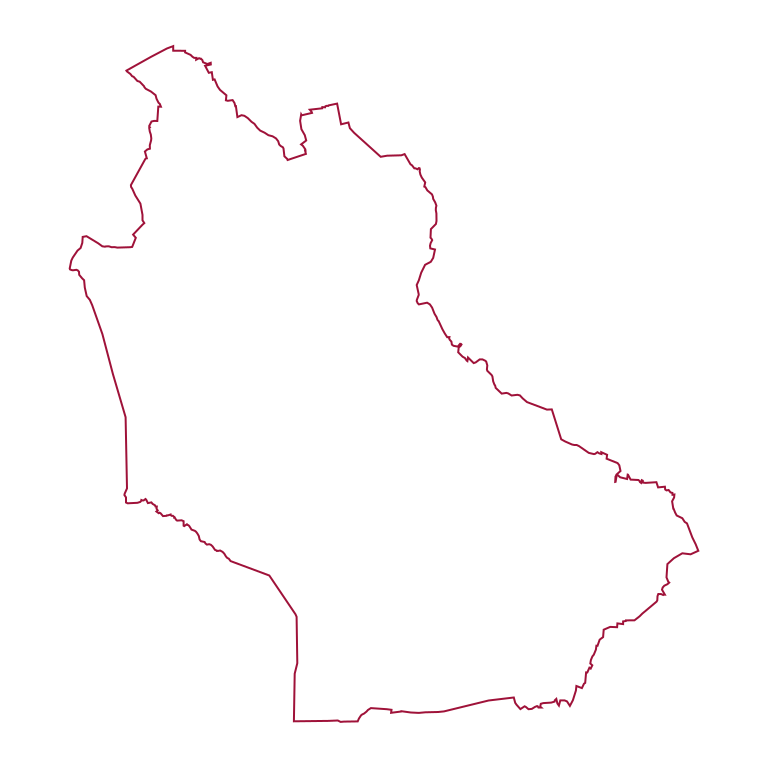 Churintzio, Michoacán, Mexico
{"feature_id": "50627088B84836329176136", "entity_name": "Churintzio", "entity_type": "district", "adm_level": 2, "iso_a3": "MEX", "parent_name": "Mexico", "parent_adm1": "Michoacán", "projection": "robinson", "projection_center": [-102.078, 20.14], "detail": "fine", "context": "isolated", "style": "outline", "palette": "rose", "viewbox_px": 768, "rotation_deg": 0, "n_neighbors": 0, "source": "geoboundaries", "source_scale": "gbopen_adm2", "svg_char_len": 6066}
<svg xmlns="http://www.w3.org/2000/svg" viewBox="0 0 768 768"><path d="M575.9,690.6L576.4,686.0L581.9,688.1L584.0,683.7L585.2,682.9L586.1,672.4L587.3,672.5L589.4,667.7L590.7,668.6L592.3,665.3L590.3,663.5L590.9,660.0L592.4,656.4L593.8,654.7L595.9,649.6L596.4,645.7L597.5,645.8L599.7,639.6L603.1,637.1L603.7,629.7L610.2,626.9L617.1,627.2L617.4,623.4L623.1,624.1L623.1,621.4L625.8,621.0L625.9,620.4L634.5,620.3L639.6,616.3L642.3,613.6L656.6,601.6L657.3,600.3L657.5,596.2L658.3,594.0L661.2,594.1L663.2,595.0L663.6,594.7L664.9,594.7L662.0,589.7L662.7,587.5L664.3,585.7L667.4,584.2L669.2,582.6L668.3,581.8L666.5,577.4L667.4,564.1L673.9,558.2L682.3,553.3L690.6,554.3L698.3,550.8L695.7,544.3L692.3,537.4L687.0,523.4L684.7,521.9L682.3,518.2L676.7,515.5L675.1,512.5L673.6,508.7L673.3,508.7L672.1,501.3L674.1,497.5L674.4,494.5L672.5,494.8L672.4,492.9L670.5,492.4L668.6,490.0L666.5,490.4L665.2,489.5L664.9,486.7L658.1,487.4L656.4,482.2L645.5,482.9L643.0,482.6L642.8,480.7L641.8,480.2L641.1,482.9L639.9,482.0L639.4,480.8L638.4,480.0L630.6,479.6L628.0,474.7L627.7,474.6L627.1,479.0L620.2,477.3L616.8,474.3L620.5,471.0L619.3,465.3L617.6,463.1L606.6,458.7L607.1,454.8L601.3,452.2L601.4,454.0L599.3,453.4L597.4,452.2L595.2,453.8L594.0,454.1L588.8,452.9L579.0,446.1L576.7,445.0L574.3,445.0L572.0,444.5L565.2,441.5L561.2,439.3L551.8,409.4L546.9,409.6L527.0,402.1L522.7,398.4L519.9,395.4L517.4,394.8L511.6,395.5L508.2,393.4L506.4,392.9L501.7,393.6L495.7,387.9L495.1,385.4L494.5,384.8L493.2,381.4L492.4,376.4L491.6,375.0L487.3,370.8L486.9,369.4L487.3,365.4L486.2,361.6L485.4,360.8L482.5,359.4L479.7,359.4L475.7,362.4L473.7,363.1L468.0,357.5L467.4,361.1L466.7,360.6L464.9,358.0L462.6,356.7L458.2,352.3L458.7,347.6L460.6,345.9L461.5,344.5L460.9,343.9L460.1,343.8L457.8,346.6L453.5,345.8L451.9,344.6L451.4,341.6L449.7,339.7L449.1,338.3L449.4,337.1L447.2,337.2L444.8,333.5L442.4,329.2L438.6,321.0L438.0,320.6L437.4,319.6L436.6,317.2L434.5,313.7L432.1,307.6L429.9,304.4L427.1,302.7L418.9,304.4L417.7,303.2L416.7,301.0L416.8,300.0L418.7,295.0L418.7,294.2L416.7,285.0L418.8,280.4L421.2,272.7L425.1,264.8L430.8,261.8L433.2,257.9L435.0,249.5L430.3,248.4L430.0,245.8L430.6,243.2L432.2,240.1L431.4,238.6L430.5,237.7L430.9,229.1L435.9,224.0L436.5,221.0L436.4,213.4L435.8,210.1L435.9,207.8L436.4,205.7L435.2,202.4L433.2,198.9L432.9,196.7L432.0,194.4L427.3,190.4L425.4,187.1L424.3,186.6L425.2,182.4L421.8,177.6L420.4,174.6L419.7,171.5L419.9,169.4L419.5,168.2L418.8,168.1L417.5,169.3L415.5,168.3L414.3,168.3L412.0,165.3L410.5,164.3L404.6,154.1L401.3,155.3L387.1,155.7L380.7,156.8L354.1,132.8L349.9,128.2L348.4,122.5L341.1,124.3L337.1,103.6L328.6,105.4L328.3,105.9L326.4,105.9L325.4,106.3L325.1,107.3L322.3,107.1L322.2,108.3L309.8,109.7L311.6,111.8L312.0,112.9L301.7,115.3L301.2,114.4L300.1,120.8L301.4,129.2L304.8,135.2L306.2,140.5L301.1,144.4L302.8,145.7L305.3,149.3L305.5,150.7L305.1,150.7L305.9,153.9L287.6,160.0L287.2,158.9L284.4,156.3L283.5,148.5L282.9,147.3L280.7,146.0L279.2,144.5L278.2,141.2L276.0,138.4L272.6,136.3L268.4,135.2L264.6,132.7L260.2,130.6L257.2,127.7L254.4,123.8L251.5,121.8L247.8,118.1L244.4,115.8L241.5,115.2L237.4,117.1L235.9,106.1L235.3,106.2L234.5,103.0L232.6,100.1L227.8,100.8L225.9,100.3L226.4,95.3L220.0,89.9L217.6,86.5L214.6,79.4L212.9,79.8L211.8,72.2L208.8,72.8L205.1,65.8L210.8,64.5L210.7,62.8L207.4,64.0L203.1,62.3L202.3,60.0L200.9,58.7L200.6,58.9L199.1,58.2L196.2,59.7L196.4,57.9L194.2,57.9L192.4,56.7L190.6,54.9L185.1,52.4L185.1,50.8L173.2,50.7L173.2,46.1L166.9,48.5L151.1,56.8L126.4,70.6L126.8,71.3L130.4,74.0L132.1,76.2L133.6,76.8L137.4,81.0L139.7,81.7L144.1,86.3L144.4,87.2L145.8,88.8L150.9,91.5L155.6,95.2L156.5,98.7L158.5,102.7L159.8,103.9L160.9,106.7L158.3,106.6L157.3,121.0L154.1,120.9L151.5,121.5L149.2,126.0L149.3,126.7L149.9,127.3L149.2,127.9L149.8,131.6L150.8,134.5L151.3,138.4L151.1,140.4L149.8,145.2L149.9,148.7L147.4,149.4L144.9,151.5L146.8,158.3L146.0,158.4L145.3,159.0L130.9,185.1L131.1,187.0L132.3,188.8L135.3,195.5L140.4,203.6L142.5,214.9L142.5,220.3L144.3,223.1L142.3,224.9L133.1,234.6L135.8,237.8L132.2,246.9L130.4,247.2L117.3,247.6L114.7,247.1L111.6,247.2L108.8,246.3L105.8,246.4L105.0,246.7L102.3,246.3L98.2,243.3L86.5,236.2L82.7,236.9L82.3,242.9L80.6,248.0L77.5,250.6L72.8,257.5L71.3,260.6L69.7,268.5L70.0,269.4L71.4,270.0L72.9,270.3L76.4,269.8L77.8,270.4L79.0,271.8L79.2,274.8L82.2,278.4L84.1,280.2L84.8,287.6L86.7,296.1L89.8,299.8L92.2,305.2L102.4,334.1L112.9,374.0L125.6,417.2L127.0,488.4L124.7,493.6L124.4,495.0L126.0,497.4L126.0,502.5L127.6,503.3L137.5,502.8L140.3,501.9L141.3,500.7L141.4,500.0L142.6,500.5L143.7,500.4L145.5,499.0L146.2,499.7L147.9,503.1L151.4,502.4L152.6,503.9L155.0,505.3L155.5,506.5L156.8,506.5L156.5,508.6L157.7,510.4L156.4,511.5L158.7,513.2L159.6,512.7L160.7,513.4L163.0,516.1L166.6,515.8L166.8,515.4L168.2,515.3L170.6,514.5L170.7,515.1L171.6,515.8L172.9,515.8L174.1,516.9L174.2,517.5L174.6,517.3L176.0,519.7L177.1,520.6L181.6,520.3L183.6,521.2L183.6,525.7L184.2,526.1L186.9,524.3L187.3,524.9L188.4,525.2L189.3,526.1L191.5,529.6L194.8,530.8L195.9,531.6L197.3,533.4L198.8,536.0L199.6,539.5L200.9,541.2L204.6,542.0L205.5,543.5L206.9,544.6L209.2,544.2L210.9,544.8L212.6,546.4L215.0,549.9L216.0,550.2L216.7,550.9L217.2,550.7L217.8,551.0L220.1,550.5L222.6,551.9L224.3,553.7L225.9,556.4L227.2,557.9L228.8,558.7L230.6,561.1L269.3,575.5L295.5,614.3L296.6,616.8L297.3,663.2L294.7,673.7L293.9,721.3L328.2,720.9L337.8,720.5L340.6,721.9L344.1,721.6L357.7,721.4L358.9,718.6L361.0,715.4L362.1,714.5L364.0,713.6L366.5,711.6L367.9,710.0L370.9,708.1L386.8,709.2L391.5,709.8L391.1,712.8L401.2,711.5L401.3,711.2L410.8,712.5L418.8,712.9L425.3,712.3L438.1,712.0L444.0,711.4L488.6,700.5L513.8,697.5L515.2,702.8L516.5,704.7L520.4,709.1L524.6,706.3L525.8,706.9L528.5,709.2L531.8,708.9L535.0,706.9L537.0,706.1L537.6,706.2L538.4,707.5L541.2,707.5L540.2,706.6L540.8,703.8L543.3,703.1L551.2,702.6L554.6,701.6L554.8,700.3L556.3,698.9L557.4,703.5L558.9,705.6L560.3,700.4L564.6,700.4L567.0,701.4L569.9,705.9L572.9,700.2L575.9,690.6ZM616.8,474.3L615.6,481.8L615.2,481.9L615.5,476.6L616.8,474.3Z" fill="none" stroke="#9f1239" stroke-width="2"/></svg>